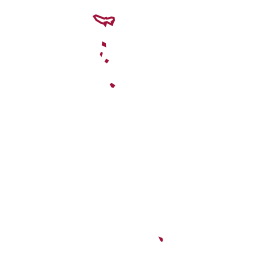 map outline of Tokyo (Mercator projection)
{"feature_id": "JPN-1860", "entity_name": "Tokyo", "entity_type": "Metropolis", "adm_level": 1, "iso_a3": "JPN", "parent_name": "Japan", "parent_adm1": "", "projection": "mercator", "projection_center": [140.896, 30.045], "detail": "coarse", "context": "isolated", "style": "outline", "palette": "rose", "viewbox_px": 256, "rotation_deg": 0, "n_neighbors": 0, "source": "natural_earth", "source_scale": "10m", "svg_char_len": 686}
<svg xmlns="http://www.w3.org/2000/svg" viewBox="0 0 256 256"><path d="M114.0,20.0L113.0,22.1L112.4,21.5L112.0,22.4L111.5,21.1L112.2,24.0L112.0,24.7L106.9,22.1L105.1,22.5L105.8,23.5L105.3,25.3L103.9,23.6L101.2,22.9L96.4,20.0L94.0,16.4L95.9,15.4L104.2,18.6L106.2,17.9L106.8,18.6L108.2,18.4L111.4,17.5L113.6,17.9L114.0,20.0ZM103.1,42.9L105.0,43.9L105.1,45.8L102.9,44.8L103.1,42.9ZM111.6,84.1L113.9,85.6L113.0,86.8L112.0,86.4L111.0,84.5L111.6,84.1ZM105.8,61.4L106.5,60.1L107.6,60.7L106.7,62.0L105.8,61.4ZM162.0,240.0L161.7,240.6L161.3,240.3L160.3,238.3L161.4,238.7L161.2,239.2L162.0,240.0ZM100.9,54.3L101.9,52.4L101.2,54.8L100.9,54.3Z" fill="none" stroke="#9f1239" stroke-width="2"/></svg>